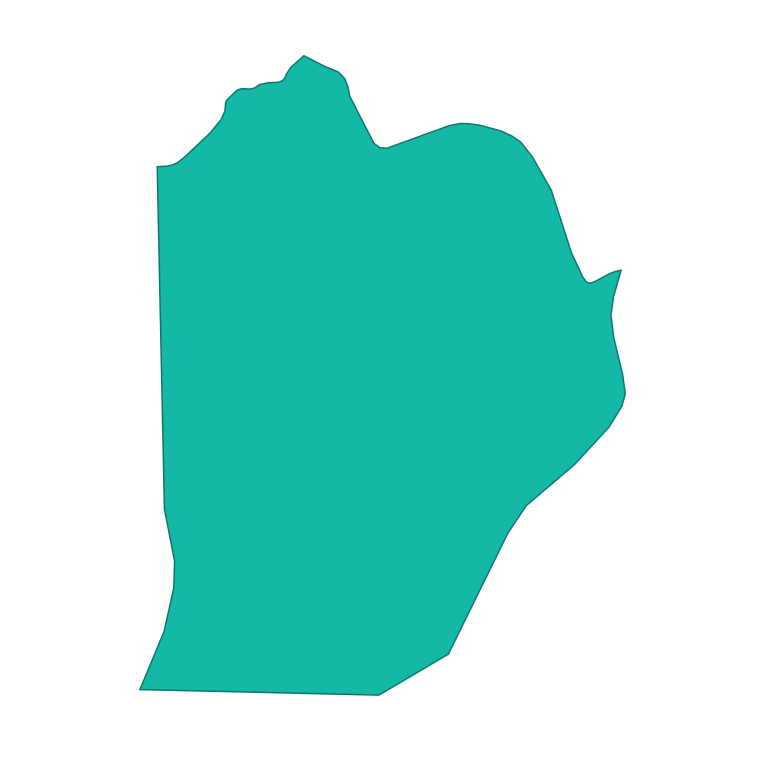 the border of Enga, rotated 274°
{"feature_id": "PNG-1238", "entity_name": "Enga", "entity_type": "Province", "adm_level": 1, "iso_a3": "PNG", "parent_name": "Papua New Guinea", "parent_adm1": "", "projection": "robinson", "projection_center": [143.878, -5.472], "detail": "fine", "context": "isolated", "style": "filled", "palette": "teal", "viewbox_px": 768, "rotation_deg": 274, "n_neighbors": 0, "source": "natural_earth", "source_scale": "10m", "svg_char_len": 1033}
<svg xmlns="http://www.w3.org/2000/svg" viewBox="0 0 768 768"><g transform="rotate(274 384 384)"><path d="M585.0,142.6L586.1,152.1L587.2,156.1L588.0,158.3L590.8,163.1L596.3,169.1L622.7,193.4L636.6,203.2L643.3,205.6L645.7,206.3L653.2,206.4L655.2,206.8L656.7,207.8L665.9,216.0L667.2,217.7L668.3,220.3L668.9,224.9L668.8,228.1L669.2,231.4L670.5,234.6L674.0,239.0L676.5,247.8L677.5,257.0L678.3,259.4L679.8,261.7L682.0,263.6L686.3,265.0L693.4,269.0L705.9,281.2L696.8,302.4L692.1,316.6L685.6,323.8L677.5,327.4L668.4,329.9L623.2,357.3L619.4,363.4L619.4,370.5L646.3,431.1L649.2,441.9L649.6,450.5L648.8,461.7L644.5,483.2L640.2,494.5L634.7,503.7L620.9,516.2L588.9,537.4L527.8,561.9L504.6,574.8L499.8,578.8L498.9,582.3L500.3,586.1L509.7,601.1L512.4,606.9L514.0,612.6L487.2,606.9L468.5,605.6L446.1,610.0L410.1,621.4L391.0,625.4L378.7,622.9L356.7,611.5L317.2,579.9L272.6,534.4L243.7,517.9L119.1,467.1L73.3,400.6L62.1,161.8L121.8,181.9L165.5,188.5L192.6,187.5L243.9,173.7L585.0,142.6Z" fill="#14b8a6" stroke="#0f766e" stroke-width="1.5"/></g></svg>